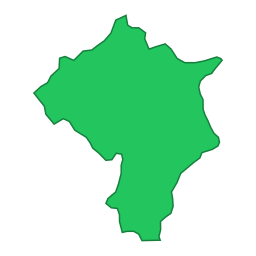 Geochang-gun, South Gyeongsang, South Korea
{"feature_id": "91817680B91736183236009", "entity_name": "Geochang-gun", "entity_type": "district", "adm_level": 2, "iso_a3": "KOR", "parent_name": "South Korea", "parent_adm1": "South Gyeongsang", "projection": "orthographic", "projection_center": [127.913, 35.709], "detail": "fine", "context": "isolated", "style": "filled", "palette": "green", "viewbox_px": 256, "rotation_deg": 0, "n_neighbors": 0, "source": "geoboundaries", "source_scale": "gbopen_adm2", "svg_char_len": 1244}
<svg xmlns="http://www.w3.org/2000/svg" viewBox="0 0 256 256"><path d="M216.8,57.0L204.3,60.9L195.0,62.7L184.8,62.7L177.1,58.4L171.1,49.1L165.2,43.9L156.6,46.5L149.0,49.1L144.7,38.8L145.6,32.9L138.8,27.8L132.0,27.8L127.7,25.2L126.0,15.9L126.0,15.4L115.8,20.1L110.9,33.2L104.3,40.8L97.3,45.7L91.8,50.0L83.1,51.1L73.8,60.4L65.1,56.5L59.6,58.2L59.1,68.5L50.9,76.1L47.6,82.7L41.0,86.5L38.2,89.1L33.9,93.0L39.4,100.1L44.3,106.1L45.9,114.3L54.1,124.1L63.3,118.7L69.3,121.4L74.8,130.2L86.3,137.3L90.1,142.8L92.8,148.2L98.8,153.1L105.9,160.3L111.9,159.7L116.3,153.2L121.7,154.3L122.8,159.7L121.2,165.2L121.2,170.1L121.2,173.4L118.4,184.3L115.7,192.0L112.4,194.7L108.0,198.5L105.9,203.4L111.3,207.8L117.3,208.4L118.2,210.9L119.5,214.9L119.5,221.5L122.3,232.4L127.2,231.3L133.7,231.3L138.7,234.1L142.0,240.6L160.2,240.2L158.9,236.8L160.6,229.7L160.5,221.5L165.5,217.1L170.9,213.3L173.1,206.2L172.6,198.5L171.5,191.9L176.9,182.7L180.7,173.4L193.8,162.4L199.8,158.0L202.0,152.6L212.4,149.3L217.9,146.0L219.5,142.2L218.4,137.3L214.0,133.4L210.7,127.4L208.0,120.9L205.2,115.4L203.1,109.4L203.0,99.6L200.3,94.2L198.7,87.1L200.3,81.1L205.7,75.6L211.7,73.4L214.4,69.6L222.1,60.3L221.0,58.7L216.8,57.0Z" fill="#22c55e" stroke="#15803d" stroke-width="1.5"/></svg>